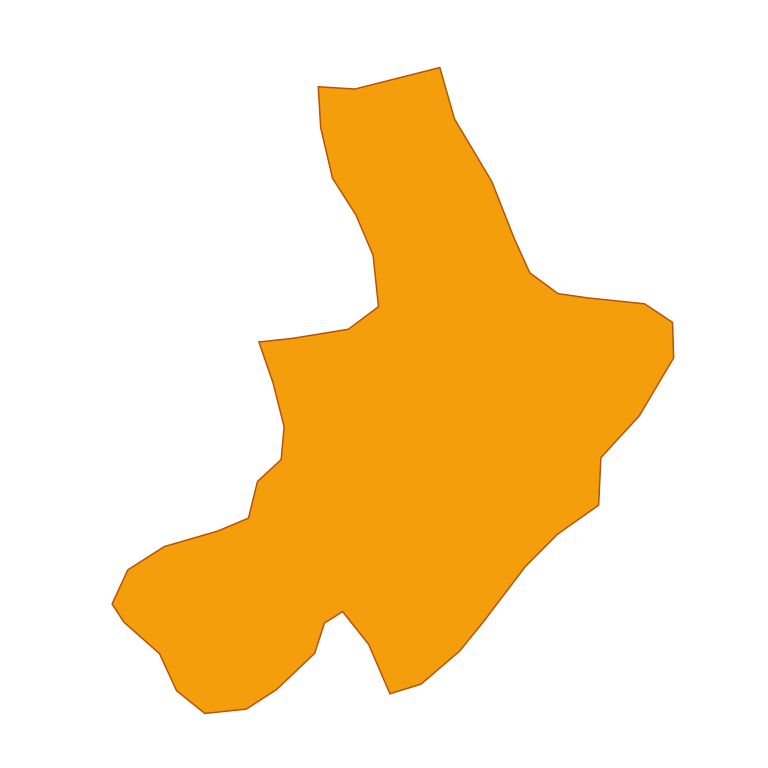 outline of Gothenburg, Västra Götaland, Sweden, rotated 174°
{"feature_id": "70781695B76264906816615", "entity_name": "Gothenburg", "entity_type": "district", "adm_level": 2, "iso_a3": "SWE", "parent_name": "Sweden", "parent_adm1": "Västra Götaland", "projection": "orthographic", "projection_center": [12.014, 57.721], "detail": "fine", "context": "isolated", "style": "filled", "palette": "amber", "viewbox_px": 768, "rotation_deg": 174, "n_neighbors": 0, "source": "geoboundaries", "source_scale": "gbopen_adm2", "svg_char_len": 798}
<svg xmlns="http://www.w3.org/2000/svg" viewBox="0 0 768 768"><g transform="rotate(174 384 384)"><path d="M418.3,686.5L420.2,645.7L413.7,594.0L394.3,555.2L381.4,513.2L381.4,461.5L413.7,442.2L471.8,438.9L502.7,438.9L504.0,438.9L494.3,397.0L487.8,351.9L494.2,319.6L520.0,300.3L532.8,264.8L564.9,255.1L619.6,245.3L636.5,236.8L658.2,225.9L677.4,193.7L667.6,174.4L635.4,139.2L622.4,100.7L596.7,75.1L594.2,75.1L554.9,75.1L522.9,91.3L481.1,123.4L468.3,152.4L449.0,162.0L426.5,126.7L411.0,77.0L410.5,75.3L378.4,81.7L336.6,110.6L310.9,136.2L262.6,187.6L227.1,216.5L183.2,241.1L176.0,288.1L133.5,325.6L93.2,379.7L90.6,415.1L116.5,436.5L173.2,448.5L201.5,455.7L227.4,479.3L239.2,514.8L255.6,574.0L286.2,640.3L295.4,692.9L382.2,680.4L418.3,686.5Z" fill="#f59e0b" stroke="#b45309" stroke-width="1.5"/></g></svg>